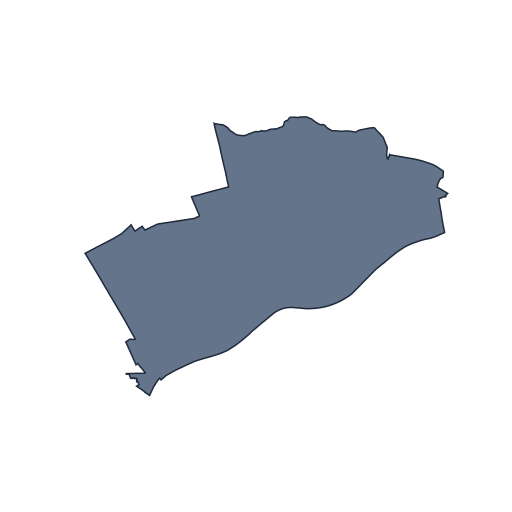 the district of Rhenen, Utrecht, Netherlands, rotated 304°
{"feature_id": "6326949B30016596145373", "entity_name": "Rhenen", "entity_type": "district", "adm_level": 2, "iso_a3": "NLD", "parent_name": "Netherlands", "parent_adm1": "Utrecht", "projection": "orthographic", "projection_center": [5.564, 51.981], "detail": "fine", "context": "isolated", "style": "filled", "palette": "slate", "viewbox_px": 512, "rotation_deg": 304, "n_neighbors": 0, "source": "geoboundaries", "source_scale": "gbopen_adm2", "svg_char_len": 5900}
<svg xmlns="http://www.w3.org/2000/svg" viewBox="0 0 512 512"><g transform="rotate(304 256 256)"><path d="M334.7,369.6L338.7,370.9L341.8,372.2L346.1,374.0L350.2,376.2L354.2,378.8L359.4,382.7L361.2,384.1L364.6,387.0L366.9,389.4L369.3,391.5L371.9,393.5L374.4,395.2L376.1,396.2L380.7,399.1L381.1,399.2L382.6,397.6L384.1,396.0L388.2,392.0L390.0,390.2L393.3,387.2L394.9,385.8L398.0,382.7L405.7,375.5L406.6,376.3L407.4,376.9L408.4,377.6L408.5,377.5L410.8,379.0L410.5,379.4L411.2,380.2L412.5,379.4L413.9,379.8L415.1,380.0L415.0,377.9L414.4,367.4L415.0,367.3L415.4,367.2L416.5,366.8L416.9,366.6L417.6,366.5L419.7,366.0L421.7,365.7L422.1,365.7L422.5,365.7L423.7,365.9L425.0,366.7L425.4,366.8L425.6,366.9L425.8,366.9L426.2,366.8L428.6,365.4L430.1,364.5L430.8,364.1L431.1,363.8L431.1,363.7L431.1,363.3L431.1,361.6L431.1,359.9L431.1,358.1L431.1,355.7L431.0,354.2L430.8,352.6L430.8,352.4L430.7,351.7L430.5,350.6L430.0,348.8L429.8,347.9L429.6,347.1L429.4,346.6L429.0,345.2L427.8,340.8L427.0,338.6L426.2,336.3L425.6,334.8L424.5,332.1L421.7,325.8L421.3,325.0L414.9,310.7L414.6,310.8L414.6,310.7L414.3,310.6L414.6,310.1L410.1,311.3L410.1,311.1L410.2,310.6L410.4,310.3L410.6,310.0L410.8,309.8L412.9,307.7L413.2,307.5L417.8,305.0L419.1,304.2L419.5,303.9L420.0,303.3L420.2,303.1L421.2,301.3L421.9,300.3L425.3,295.4L425.4,295.2L425.6,294.7L426.0,292.9L426.3,291.8L426.5,291.2L427.0,288.6L427.6,285.9L427.8,285.2L428.1,284.0L428.1,283.9L428.3,283.3L428.4,283.1L428.4,282.8L428.4,282.3L428.2,281.9L428.1,281.6L427.8,281.3L427.5,280.9L425.6,278.6L423.7,276.8L421.3,274.4L419.2,272.3L418.4,271.6L418.0,271.3L417.6,271.0L417.1,270.7L416.6,270.4L415.5,269.9L414.9,269.7L414.6,269.5L414.5,269.3L414.3,269.1L414.1,268.9L413.7,267.8L413.4,267.1L412.6,265.3L411.7,263.6L411.1,262.4L410.6,261.6L410.1,261.0L408.6,258.9L407.2,257.3L407.1,257.1L405.0,253.2L403.7,251.1L402.9,249.8L402.4,248.9L402.3,248.6L402.3,248.4L402.1,245.5L402.0,243.2L402.0,242.9L402.1,242.2L402.3,241.7L402.5,241.3L402.8,240.5L402.8,240.3L402.7,239.5L402.5,238.2L402.3,237.8L402.1,237.5L401.8,237.2L401.1,236.3L400.9,236.0L400.7,234.9L400.5,233.9L400.5,233.4L400.3,230.9L400.3,230.4L400.5,227.7L400.6,225.7L400.6,225.4L400.2,223.4L400.0,222.5L399.8,221.2L399.7,220.7L399.6,220.4L399.4,219.8L398.3,218.2L395.7,214.6L395.5,214.4L394.3,213.5L394.1,213.1L393.6,212.3L393.5,211.8L393.2,211.3L392.7,210.5L391.0,207.9L390.4,207.1L389.4,206.4L387.3,206.5L386.8,206.4L386.4,206.3L386.1,206.2L385.3,205.7L384.1,204.9L383.6,204.7L382.9,204.6L381.8,205.1L381.2,205.3L380.0,205.7L378.9,205.7L377.6,205.3L376.5,204.5L375.3,203.4L374.9,203.2L374.3,202.9L373.9,202.7L373.7,202.6L373.0,202.1L372.5,201.5L372.2,200.8L371.1,199.6L369.4,197.4L367.6,195.9L365.9,195.0L365.8,194.9L365.5,194.6L365.3,194.3L363.9,192.4L363.3,191.5L363.2,191.3L363.0,191.1L362.0,189.9L361.9,189.8L362.0,189.8L360.6,188.8L360.5,188.6L360.2,188.2L360.0,187.7L359.2,186.5L359.1,186.3L359.0,186.2L357.6,185.0L356.8,184.4L354.4,182.7L352.9,181.5L352.2,181.2L351.6,180.9L350.8,180.3L350.6,180.2L349.5,179.2L349.0,178.6L348.4,177.9L348.4,177.6L348.2,177.5L348.2,177.4L347.6,176.3L347.1,175.3L346.0,173.1L345.8,172.4L345.6,171.7L345.6,171.2L345.5,170.2L345.5,169.2L345.5,168.3L345.6,168.0L345.6,167.5L345.5,166.1L345.6,164.5L345.6,163.9L345.7,163.6L345.8,163.3L345.9,163.0L346.3,161.7L346.4,161.3L346.5,160.8L346.5,159.8L346.6,159.3L346.6,158.6L346.5,157.9L346.4,156.7L346.3,155.7L346.2,155.5L346.3,155.4L345.6,153.9L344.5,151.9L343.5,149.6L342.5,147.4L342.5,147.2L342.0,147.7L341.9,147.7L340.1,149.5L337.4,152.4L325.0,166.4L324.7,166.4L315.5,176.2L312.8,179.1L311.9,180.1L310.3,181.8L310.0,182.2L307.2,185.2L306.9,185.3L305.8,186.5L305.1,187.4L304.7,187.6L303.0,189.5L302.6,189.7L298.0,194.7L284.2,182.6L276.2,175.7L275.2,174.9L270.7,170.9L269.0,169.4L268.3,170.4L267.5,171.6L266.6,173.0L266.3,173.4L257.7,186.8L252.7,183.9L227.5,156.6L215.4,149.4L217.0,145.0L208.9,141.7L211.5,136.1L212.0,135.0L209.8,134.6L203.2,133.0L199.8,132.2L198.5,131.7L190.9,128.1L185.7,125.3L182.6,123.6L180.4,122.4L162.7,112.8L161.2,116.0L156.7,125.7L154.7,130.0L149.1,141.9L146.9,146.3L143.7,153.2L142.9,154.7L141.1,158.5L139.1,162.8L136.5,168.2L129.2,183.5L123.3,195.0L119.6,202.5L119.2,202.2L118.7,201.8L118.5,201.5L117.1,198.9L116.5,197.9L114.9,197.3L111.9,196.1L110.7,198.2L109.3,200.4L108.0,202.5L106.7,204.6L104.1,208.7L102.0,212.1L100.2,215.1L98.7,217.4L100.6,217.8L100.4,217.8L100.6,218.0L100.5,218.4L100.3,219.1L99.7,221.4L99.5,221.8L99.4,222.2L99.3,222.7L98.3,226.3L97.5,228.7L97.3,229.3L97.2,229.5L96.2,228.8L95.3,227.6L91.7,222.2L89.2,218.9L89.0,218.5L86.0,214.2L85.5,214.5L86.4,215.9L87.1,216.9L86.5,217.6L85.3,219.3L84.5,220.5L85.6,221.8L85.9,222.0L85.6,222.3L87.1,223.6L86.6,224.3L87.9,225.4L87.7,225.8L87.3,226.0L86.6,226.6L86.4,226.5L85.9,226.7L85.1,227.5L85.8,227.9L84.4,230.3L84.1,230.9L81.3,229.8L81.3,232.0L81.3,235.5L81.2,240.0L80.9,240.0L80.9,240.6L80.9,242.0L80.9,245.8L83.8,245.3L85.8,245.0L88.9,244.4L89.9,244.3L90.1,244.3L91.8,244.2L93.7,244.2L95.8,244.1L97.1,244.1L98.1,244.2L99.9,244.4L100.9,244.5L100.2,246.6L101.1,246.8L105.6,248.0L106.6,248.3L107.1,248.5L109.4,249.7L114.1,252.0L117.7,254.0L120.5,255.6L122.9,257.1L124.6,258.0L134.9,264.4L140.6,269.0L148.1,275.3L151.9,278.4L155.2,280.9L158.8,283.3L162.3,285.4L169.1,288.3L170.2,288.8L172.8,289.7L174.0,290.1L178.0,291.4L179.0,291.7L182.7,292.8L187.0,293.9L191.2,294.8L202.6,298.0L204.3,298.5L206.7,299.3L208.9,299.9L217.5,302.4L220.9,303.6L224.2,305.4L227.2,307.5L229.9,309.9L232.3,312.9L234.1,315.7L234.4,316.2L235.7,318.6L237.0,320.8L240.1,326.6L242.9,330.7L244.1,332.2L245.9,334.6L249.1,338.2L252.6,341.7L256.5,345.0L260.4,347.8L261.1,348.3L263.4,349.7L266.3,351.4L269.6,353.1L271.7,354.0L273.8,355.0L276.4,356.0L279.0,356.7L283.0,357.5L291.0,358.9L294.8,359.6L297.5,360.1L301.0,360.8L310.0,362.4L312.1,362.9L319.0,364.9L322.2,366.0L324.5,366.6L325.7,367.0L328.3,367.7L334.7,369.6Z" fill="#64748b" stroke="#1e293b" stroke-width="1.5"/></g></svg>